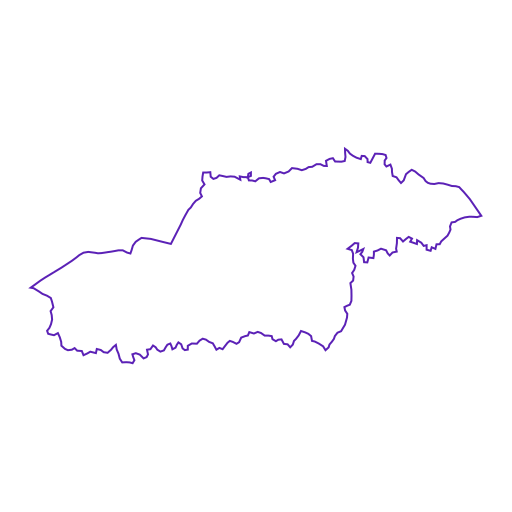 Ponte Serrada, Santa Catarina, Brazil (orthographic projection)
{"feature_id": "56859067B50820968764736", "entity_name": "Ponte Serrada", "entity_type": "district", "adm_level": 2, "iso_a3": "BRA", "parent_name": "Brazil", "parent_adm1": "Santa Catarina", "projection": "orthographic", "projection_center": [-51.91, -26.858], "detail": "fine", "context": "isolated", "style": "outline", "palette": "violet", "viewbox_px": 512, "rotation_deg": 0, "n_neighbors": 0, "source": "geoboundaries", "source_scale": "gbopen_adm2", "svg_char_len": 4356}
<svg xmlns="http://www.w3.org/2000/svg" viewBox="0 0 512 512"><path d="M385.6,155.0L382.5,154.1L379.1,153.8L375.1,153.7L372.9,157.9L370.3,162.8L367.6,162.1L367.5,159.1L364.7,156.1L361.7,155.9L360.8,159.1L356.5,157.7L352.8,155.7L349.9,153.6L347.8,150.8L345.0,148.8L345.1,152.6L345.5,157.0L344.7,161.0L341.4,161.7L338.2,161.6L335.1,161.5L332.9,158.2L329.6,158.9L326.0,160.8L326.8,166.0L323.8,165.9L320.4,164.2L316.5,164.2L312.2,166.8L308.6,167.1L305.8,168.9L301.8,170.2L297.5,168.8L292.0,168.1L288.6,171.5L284.0,173.4L280.0,172.0L275.9,173.8L273.6,176.7L275.1,180.2L270.7,182.0L269.1,179.1L265.8,178.3L263.1,177.9L259.0,178.3L255.3,181.3L252.2,180.5L248.9,180.4L247.8,177.2L243.3,177.1L239.8,176.4L240.3,179.7L237.8,178.4L234.6,176.7L230.6,176.4L226.5,176.9L223.1,176.1L219.3,175.3L216.5,177.9L213.4,178.9L210.7,176.7L210.3,172.2L206.9,172.5L203.2,172.5L202.5,176.6L202.2,180.5L204.5,184.4L200.9,188.3L200.2,192.9L201.9,196.4L199.1,198.8L195.8,200.8L193.1,203.9L190.8,207.5L188.4,209.8L185.4,215.1L182.8,220.0L180.7,224.7L170.9,243.9L162.7,241.9L150.8,238.9L141.5,237.9L138.7,239.7L135.7,241.8L132.9,245.6L131.6,250.1L130.4,253.5L127.1,252.6L122.7,250.3L118.6,250.3L114.9,251.0L110.9,251.7L107.9,252.1L104.8,252.6L101.3,253.1L98.0,253.3L95.3,252.8L88.3,251.9L83.5,252.7L79.3,255.1L76.5,257.4L71.9,260.8L61.4,267.7L45.2,277.5L40.6,280.5L30.7,287.7L33.6,288.2L35.9,289.6L39.0,291.5L42.5,293.9L47.0,295.7L50.8,298.0L52.0,301.6L53.4,307.3L50.6,311.1L51.7,315.1L52.1,319.6L51.0,324.2L49.4,327.9L47.1,330.8L48.2,333.8L50.9,334.5L54.0,335.2L57.9,333.1L59.8,337.3L61.2,341.9L61.4,345.7L65.0,348.9L67.9,350.2L71.9,349.7L74.6,348.1L77.2,350.7L81.8,351.0L83.5,355.2L87.4,353.4L90.3,351.7L93.1,352.4L95.9,353.1L96.8,349.0L100.8,350.0L103.7,352.2L107.6,352.8L111.0,349.8L113.1,347.2L115.9,344.9L116.7,349.5L118.5,353.7L119.8,358.7L122.2,362.4L126.2,362.2L129.6,362.4L132.6,363.2L134.4,360.2L133.3,357.3L132.4,354.3L135.8,353.2L139.8,354.6L143.6,358.4L146.6,357.1L148.0,354.4L147.0,349.7L150.4,349.2L153.0,345.5L155.6,347.2L157.3,349.7L160.4,351.6L163.9,350.4L165.7,347.2L167.4,344.7L170.3,343.5L171.5,346.2L172.4,349.3L175.5,347.7L176.8,344.8L178.4,342.4L181.2,344.3L182.6,348.4L184.8,350.1L187.8,349.6L187.8,345.8L191.8,343.5L196.9,343.7L199.6,340.6L202.7,338.7L205.9,339.6L209.1,341.9L212.8,343.3L214.6,346.4L216.4,349.7L219.4,347.9L222.6,349.2L225.1,345.9L227.5,342.8L229.8,340.9L232.8,341.9L236.5,343.8L239.1,342.2L241.2,337.6L245.2,336.1L247.9,335.5L249.3,332.1L253.9,333.5L257.7,331.9L261.0,333.0L264.7,335.6L268.4,335.6L271.7,336.1L272.5,339.2L275.9,341.2L278.3,339.7L281.5,339.4L283.9,343.9L287.6,344.3L290.2,347.3L292.8,344.6L294.0,340.9L296.0,338.9L298.7,335.4L301.0,331.0L305.2,332.4L308.3,333.8L311.1,336.1L312.0,340.9L314.7,341.5L318.7,343.5L323.1,346.3L325.5,350.2L328.6,347.4L329.5,344.5L331.9,341.7L333.9,338.9L334.9,336.0L337.5,332.7L341.1,331.2L342.7,328.5L345.0,324.7L346.1,320.8L347.0,317.6L347.3,313.8L345.1,310.5L344.4,307.1L347.0,305.8L349.8,304.7L351.4,300.9L351.5,295.7L351.4,289.8L350.4,283.1L353.1,280.6L353.6,276.6L352.1,273.0L354.2,269.9L355.5,265.8L353.4,262.7L352.9,258.7L353.1,253.7L351.8,250.1L347.6,248.8L351.7,245.7L354.7,243.1L358.3,243.4L358.0,247.6L356.6,252.2L359.7,250.8L363.3,249.0L362.3,251.8L360.4,254.2L363.5,257.3L364.1,262.2L367.3,262.4L368.6,257.5L373.4,258.1L373.9,254.7L373.9,251.6L377.5,250.5L381.0,248.7L386.1,250.3L387.7,253.4L389.7,255.5L392.5,252.5L396.7,251.6L396.1,248.7L396.9,243.1L397.0,237.9L400.1,238.2L403.0,241.5L406.2,238.8L408.7,236.9L412.0,238.6L410.2,241.7L413.2,242.7L416.9,244.0L417.1,240.2L421.3,242.7L423.7,245.9L426.6,245.2L426.6,249.7L430.6,250.8L431.7,247.3L435.4,248.9L436.5,244.3L439.7,244.2L441.2,241.4L444.6,238.3L447.5,235.7L449.2,232.6L450.5,229.6L450.0,226.4L451.6,222.4L455.1,221.9L457.4,220.2L460.7,218.7L464.7,217.4L469.5,216.7L473.2,216.8L477.2,217.1L481.3,215.8L469.8,199.1L463.7,191.9L461.2,189.3L459.2,187.1L455.8,186.2L451.9,186.0L447.7,184.7L443.2,183.5L438.6,183.1L434.3,184.0L430.4,183.7L427.8,182.8L425.6,181.1L423.6,178.0L420.9,176.1L418.6,174.5L415.1,171.5L411.7,169.8L408.6,172.0L406.0,174.2L404.9,177.2L403.7,180.4L401.0,183.0L398.6,180.2L396.5,177.3L392.7,176.0L392.0,172.0L391.9,168.7L390.4,164.6L386.4,166.5L384.6,164.3L384.7,160.5L386.5,158.0L385.6,155.0ZM247.8,177.2L250.9,175.9L250.9,172.5L248.4,173.8L247.8,177.2Z" fill="none" stroke="#5b21b6" stroke-width="2"/></svg>